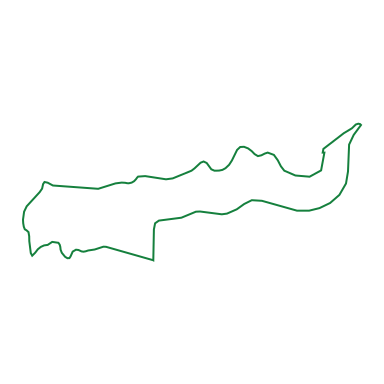 SVG path tracing the border of Lower River
{"feature_id": "GMB-2154", "entity_name": "Lower River", "entity_type": "Division", "adm_level": 1, "iso_a3": "GMB", "parent_name": "Gambia", "parent_adm1": "", "projection": "equal_earth", "projection_center": [-15.76, 13.406], "detail": "fine", "context": "isolated", "style": "outline", "palette": "green", "viewbox_px": 384, "rotation_deg": 0, "n_neighbors": 0, "source": "natural_earth", "source_scale": "10m", "svg_char_len": 1525}
<svg xmlns="http://www.w3.org/2000/svg" viewBox="0 0 384 384"><path d="M361.0,125.0L353.7,134.9L349.1,144.6L348.0,171.5L346.0,183.5L339.4,194.9L330.1,203.0L319.5,208.1L309.0,210.7L297.1,210.7L261.9,200.8L251.8,200.2L244.2,204.0L236.8,209.3L227.0,213.6L221.8,214.3L200.0,211.5L195.9,211.7L181.4,217.7L158.9,220.6L155.1,223.3L153.9,229.4L153.3,260.3L153.1,260.2L106.0,246.8L103.4,246.7L94.7,249.5L88.1,250.5L85.7,251.3L83.5,251.7L81.5,251.4L78.5,250.0L76.0,249.7L72.7,251.6L70.5,256.5L69.4,258.1L67.4,258.2L65.1,256.8L61.8,252.8L60.6,249.7L60.3,246.9L59.7,244.7L58.4,242.8L52.2,241.9L47.7,244.9L44.1,245.4L40.8,246.9L37.8,249.3L35.2,252.7L32.2,255.7L30.8,253.1L29.3,241.2L29.2,236.3L28.5,232.1L26.5,230.3L24.8,229.3L23.8,226.7L23.2,223.2L23.0,219.7L24.1,211.7L26.7,206.3L39.7,192.1L42.1,188.6L43.1,184.1L44.5,182.0L47.7,182.7L52.9,185.5L98.2,188.8L115.5,183.4L121.7,182.6L125.2,182.8L127.1,183.2L128.7,183.3L131.7,182.6L134.1,181.2L135.9,179.3L137.2,177.5L138.1,176.6L145.2,176.1L166.0,179.3L172.7,178.4L191.5,170.7L194.5,168.4L200.6,162.7L203.6,161.5L206.7,163.0L211.3,169.3L214.5,170.7L219.0,170.6L222.4,169.9L225.5,168.2L229.1,164.8L231.9,160.5L237.1,149.9L240.2,147.0L244.0,146.8L248.1,148.4L251.7,151.1L254.6,154.1L257.9,156.1L261.4,155.3L264.7,153.6L267.7,152.6L273.9,154.9L277.8,160.3L280.9,166.3L284.3,170.7L295.4,175.5L309.6,176.7L321.1,170.4L324.4,152.6L322.7,152.6L323.4,148.9L343.8,133.2L351.9,128.3L355.8,124.5L358.3,123.7L360.1,124.1L360.8,124.8L361.0,125.0Z" fill="none" stroke="#15803d" stroke-width="2"/></svg>